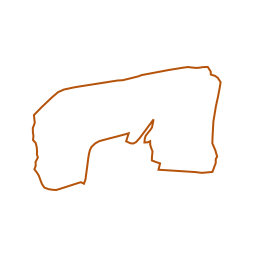 outline of Starehe, Nairobi, Kenya, rotated 106°
{"feature_id": "3690345B38564256693946", "entity_name": "Starehe", "entity_type": "district", "adm_level": 2, "iso_a3": "KEN", "parent_name": "Kenya", "parent_adm1": "Nairobi", "projection": "albers", "projection_center": [36.838, -1.29], "detail": "fine", "context": "isolated", "style": "outline", "palette": "amber", "viewbox_px": 256, "rotation_deg": 106, "n_neighbors": 0, "source": "geoboundaries", "source_scale": "gbopen_adm2", "svg_char_len": 1406}
<svg xmlns="http://www.w3.org/2000/svg" viewBox="0 0 256 256"><g transform="rotate(106 128 128)"><path d="M193.5,206.6L195.6,203.7L198.3,200.7L202.5,197.6L205.5,195.3L208.3,192.1L208.7,187.7L208.2,183.6L207.4,179.9L205.3,176.7L200.9,170.1L196.0,162.8L193.1,158.4L193.7,155.0L189.3,154.7L183.0,155.6L173.6,157.0L168.5,157.8L163.5,158.4L159.6,158.5L156.3,157.9L151.9,155.3L148.8,152.3L146.9,149.3L142.2,141.4L139.7,137.1L137.1,132.8L134.5,128.4L132.9,125.9L141.3,126.1L142.0,121.3L141.4,118.5L139.2,116.3L134.3,113.9L126.6,111.0L112.7,105.8L120.7,105.1L123.5,105.9L127.1,107.5L130.8,108.9L133.9,108.9L137.4,108.2L136.3,105.0L134.6,103.1L138.0,102.0L140.6,100.4L143.7,98.0L150.1,96.8L152.6,96.1L153.0,92.0L153.2,87.4L159.7,87.2L151.8,51.1L150.8,44.8L147.0,34.8L144.1,34.5L140.9,34.3L137.5,34.0L133.6,35.1L131.0,34.4L125.2,38.0L119.5,42.7L113.2,44.3L98.2,47.7L82.9,49.5L73.4,50.1L64.5,50.9L58.5,51.6L55.1,55.4L53.9,58.7L53.8,63.1L50.9,64.1L47.3,68.2L48.8,72.7L50.3,75.9L51.5,79.1L52.1,82.5L52.9,87.3L55.3,92.7L60.8,104.4L73.4,129.5L75.7,132.6L78.4,137.3L80.3,140.6L83.5,146.2L85.3,151.3L101.3,185.8L104.1,191.6L108.7,200.2L112.8,205.1L119.6,209.6L131.3,216.5L141.5,222.0L145.2,220.5L148.5,219.1L151.2,219.2L154.2,219.5L158.2,218.3L161.7,216.7L165.7,216.0L167.9,212.6L171.7,210.4L175.5,209.0L178.2,208.4L181.3,206.5L186.1,207.5L189.7,206.3L193.5,206.6Z" fill="none" stroke="#b45309" stroke-width="2"/></g></svg>